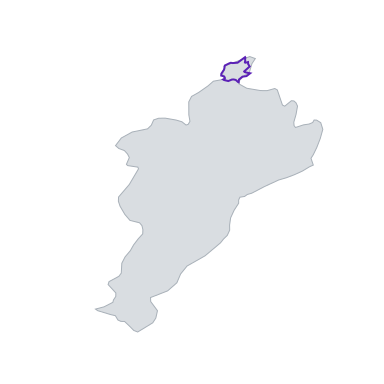 where Koper sits in Slovenia, rotated 146°
{"feature_id": "SVN-1031", "entity_name": "Koper", "entity_type": "Municipality", "adm_level": 1, "iso_a3": "SVN", "parent_name": "Slovenia", "parent_adm1": "", "projection": "equal_earth", "projection_center": [13.807, 45.513], "detail": "fine", "context": "in_parent", "style": "outline", "palette": "violet", "viewbox_px": 384, "rotation_deg": 146, "n_neighbors": 0, "source": "natural_earth", "source_scale": "10m", "svg_char_len": 2298}
<svg xmlns="http://www.w3.org/2000/svg" viewBox="0 0 384 384"><g transform="rotate(146 192 192)"><path d="M337.5,148.9L329.2,146.0L319.3,144.8L317.5,146.4L313.6,148.0L311.6,150.9L313.3,162.2L310.9,164.1L299.7,163.0L296.0,164.3L290.0,172.2L283.8,175.6L275.8,177.9L270.0,180.8L262.6,183.3L256.3,184.8L253.8,188.2L252.3,192.1L252.7,195.8L259.3,203.1L260.2,210.9L259.6,220.4L258.2,225.5L255.7,228.9L239.8,233.3L223.4,241.1L223.0,242.9L230.6,249.9L230.9,251.6L224.7,255.6L224.2,259.6L224.9,264.2L228.3,268.9L229.5,273.2L220.4,276.3L208.1,275.2L193.5,269.2L188.4,270.1L183.5,273.2L178.4,271.8L172.9,268.2L165.0,260.6L161.1,255.9L159.5,250.9L157.4,250.2L154.2,251.7L151.5,257.7L144.3,268.5L138.9,271.5L130.8,270.8L119.4,271.0L112.3,271.9L103.7,268.1L101.6,268.8L101.6,271.3L98.3,275.3L93.0,277.9L68.4,272.0L64.9,267.2L70.5,264.9L78.2,258.6L83.4,259.3L89.9,258.0L92.6,255.3L88.6,247.4L78.4,237.7L73.0,234.0L65.5,231.5L64.2,228.9L68.4,213.5L67.1,211.3L58.6,212.1L56.6,210.5L55.9,207.8L56.5,204.2L62.3,198.2L68.6,192.9L70.3,189.9L70.1,187.6L62.0,185.3L57.0,182.9L53.1,182.1L50.5,183.4L48.5,181.9L46.5,177.5L48.5,170.8L55.8,164.6L63.7,159.1L70.6,155.1L74.5,153.4L76.4,146.5L80.5,147.2L88.6,147.6L97.6,149.1L106.0,151.1L113.5,153.5L129.0,156.0L143.2,157.6L147.5,159.0L150.9,158.9L155.2,160.9L157.8,159.3L159.6,156.6L167.3,153.3L174.4,149.0L179.3,143.6L182.1,139.3L187.0,136.3L192.1,135.4L196.9,133.9L216.9,131.8L237.5,133.4L247.3,130.4L255.3,125.2L267.1,123.7L267.7,123.7L285.4,127.7L286.8,125.4L287.5,124.3L287.0,112.9L292.5,107.7L297.7,105.5L315.3,106.3L317.7,109.8L318.7,115.2L320.3,122.4L323.3,124.5L325.0,127.3L324.7,132.3L328.2,136.1L336.5,146.3L337.5,148.9Z" fill="#d9dde1" stroke="#a8b0b8" stroke-width="1"/><path d="M85.7,259.4L90.1,259.0L92.0,256.9L92.3,257.4L93.1,260.5L93.6,261.0L94.5,262.0L96.0,262.9L99.9,263.7L102.8,266.9L103.2,267.8L101.7,267.5L101.1,267.9L100.8,268.7L100.8,270.0L102.7,272.2L101.5,273.7L97.2,275.4L95.8,276.6L95.0,277.8L94.0,278.5L89.0,277.8L87.5,277.4L86.3,276.2L81.9,273.7L72.6,274.1L72.7,273.3L73.2,273.0L73.3,273.0L73.6,272.7L73.8,272.3L74.0,271.9L74.3,271.3L75.3,270.3L75.7,269.8L75.5,269.5L75.4,269.3L72.9,268.4L73.9,266.7L74.0,263.8L81.3,262.8L81.3,262.1L80.3,260.8L78.9,259.4L77.4,257.9L82.0,257.6L85.7,259.4Z" fill="none" stroke="#5b21b6" stroke-width="2"/></g></svg>